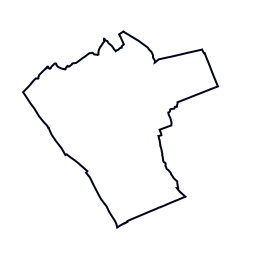 Prundu, Giurgiu, Romania, rotated 79°
{"feature_id": "2599482B89662234668465", "entity_name": "Prundu", "entity_type": "district", "adm_level": 2, "iso_a3": "ROU", "parent_name": "Romania", "parent_adm1": "Giurgiu", "projection": "mercator", "projection_center": [26.231, 44.069], "detail": "fine", "context": "isolated", "style": "outline", "palette": "ink", "viewbox_px": 256, "rotation_deg": 79, "n_neighbors": 0, "source": "geoboundaries", "source_scale": "gbopen_adm2", "svg_char_len": 5331}
<svg xmlns="http://www.w3.org/2000/svg" viewBox="0 0 256 256"><g transform="rotate(79 128 128)"><path d="M72.9,224.2L74.8,223.3L85.3,219.0L91.0,216.2L99.5,213.1L106.1,209.6L110.2,207.0L111.8,206.5L112.8,206.2L112.8,205.7L115.7,205.3L116.8,205.0L120.1,204.2L126.7,201.4L135.0,197.2L141.4,195.0L142.6,194.6L142.1,193.2L142.7,192.7L145.5,190.4L149.6,186.4L153.6,183.0L155.9,181.3L162.6,176.1L163.8,177.7L167.5,175.8L167.6,175.7L169.1,174.9L177.9,172.5L187.5,169.7L192.5,168.1L192.8,168.0L201.0,163.9L206.1,162.7L213.9,159.7L214.6,159.4L216.5,158.6L218.4,158.1L220.1,157.7L223.6,157.6L222.1,153.9L220.7,149.5L221.0,149.4L220.2,146.8L219.8,147.0L219.6,147.0L219.5,146.7L219.0,145.3L218.9,145.2L218.8,144.9L218.8,144.4L218.4,142.6L217.8,139.9L216.7,134.6L215.6,129.3L214.4,123.9L212.5,114.4L212.2,113.9L212.1,113.2L212.0,111.8L211.3,108.2L210.2,103.3L209.4,99.6L208.6,95.6L208.0,92.4L207.3,89.3L207.0,87.9L206.4,85.0L206.5,84.9L206.4,84.7L205.9,85.1L200.4,89.3L196.3,91.5L196.4,90.2L193.1,90.2L192.5,90.2L191.0,90.1L190.7,90.0L190.2,89.9L189.9,89.9L189.5,90.0L189.3,90.2L188.7,90.8L188.1,91.2L187.8,91.4L186.9,92.0L186.3,92.5L185.6,92.9L185.0,93.1L183.8,93.5L183.1,93.8L182.1,94.3L181.8,94.4L181.4,94.5L181.1,94.5L179.9,94.8L179.7,94.9L178.7,95.4L178.3,95.7L176.8,96.6L176.6,96.8L176.0,97.4L175.5,97.8L175.3,97.9L174.5,98.0L173.8,98.0L172.6,98.3L172.1,98.5L171.8,98.4L171.1,98.1L170.8,98.0L170.6,97.9L170.3,97.9L169.7,98.0L169.3,98.2L169.0,98.5L168.5,99.2L168.3,99.3L167.9,99.4L167.6,99.6L167.4,99.6L167.1,99.6L166.3,99.7L166.0,99.6L164.4,99.5L163.6,99.5L163.0,99.4L162.6,99.4L162.3,99.5L161.4,99.6L160.8,99.6L160.7,99.5L160.3,99.3L160.1,99.3L159.8,99.2L159.6,99.2L159.3,99.2L158.6,99.3L158.2,99.3L157.5,99.3L157.1,99.3L156.4,99.2L155.6,99.3L155.3,99.3L154.9,99.3L154.5,99.3L153.4,99.4L153.1,99.4L152.7,99.6L152.4,99.7L151.8,99.7L151.6,99.7L151.1,99.5L150.6,99.5L150.2,99.5L149.5,99.5L148.8,99.4L147.3,99.4L146.6,99.3L146.2,99.2L145.2,99.5L144.8,99.5L144.4,99.5L143.7,99.6L143.3,99.6L143.0,99.5L142.7,99.4L142.2,99.4L142.0,99.5L141.7,99.6L141.5,96.6L141.4,96.6L140.1,96.5L139.4,96.6L139.2,96.7L136.5,97.1L136.1,97.2L135.7,97.3L135.6,96.4L135.0,92.9L134.9,92.1L134.3,88.6L134.1,87.2L133.8,85.0L133.2,85.0L132.8,84.8L131.9,84.4L131.0,84.3L130.4,84.2L129.4,84.3L128.7,84.4L127.1,84.5L126.8,84.5L126.3,84.6L125.3,84.8L123.1,85.4L122.6,85.5L121.9,85.5L121.2,85.5L120.5,85.5L120.3,84.5L120.2,84.3L120.1,84.1L119.8,83.8L118.6,83.2L117.9,83.0L117.8,82.9L117.7,82.8L117.6,82.7L117.8,78.8L117.2,78.4L116.2,78.0L116.2,77.2L116.4,76.6L116.5,76.1L116.2,75.8L115.9,75.7L114.8,75.5L113.6,74.7L112.2,74.5L110.7,66.3L110.6,65.9L110.5,65.1L108.3,53.6L108.1,52.2L106.1,41.6L105.9,40.7L104.3,31.8L99.4,32.8L91.8,34.3L89.2,34.8L86.7,35.2L80.6,36.3L75.0,37.4L69.1,38.5L69.1,39.2L67.3,39.7L65.1,40.3L65.2,41.1L65.6,55.0L65.8,59.6L65.9,61.8L66.0,65.1L66.0,65.7L66.1,67.5L66.2,70.7L66.3,76.9L66.4,80.2L66.5,84.9L67.8,87.2L68.3,88.1L68.9,89.0L69.0,89.3L68.1,88.9L67.8,88.8L67.5,88.8L67.1,88.8L66.0,89.1L63.9,89.9L63.5,90.0L63.3,90.0L63.0,89.9L62.1,89.7L61.9,89.6L61.7,89.6L61.1,89.6L58.0,90.4L57.7,90.5L56.1,91.6L54.9,92.4L53.1,93.2L52.5,93.5L52.2,93.8L50.7,95.2L50.2,95.6L49.6,96.2L46.5,99.1L46.1,99.5L44.2,101.2L41.8,103.9L40.6,105.3L35.1,111.3L34.2,112.3L32.4,114.1L33.1,115.7L34.4,118.8L38.0,117.8L45.1,116.1L46.7,118.7L47.0,118.8L47.5,118.8L47.9,118.8L48.1,120.4L48.3,121.1L48.8,121.9L49.1,122.1L49.2,122.4L49.3,122.6L49.5,123.7L49.5,124.0L49.7,124.4L50.3,125.4L49.3,125.9L49.2,126.0L47.8,126.8L45.4,127.7L43.9,128.5L42.4,129.8L41.9,130.2L41.7,130.4L40.9,131.0L40.6,131.1L40.1,131.2L39.7,131.4L39.1,131.6L38.8,131.8L38.5,132.0L38.3,132.5L38.0,132.9L37.9,133.2L37.7,133.4L37.3,133.7L36.7,133.9L36.1,134.0L35.8,134.5L36.1,134.7L36.5,134.8L37.6,134.8L38.0,134.8L38.5,134.9L38.8,135.1L39.1,135.3L39.4,135.8L39.7,136.1L39.9,136.4L40.0,136.7L40.1,136.8L40.5,136.9L42.5,138.9L43.2,139.7L44.1,140.4L45.5,141.5L46.7,142.1L47.5,142.4L48.1,142.6L48.9,142.8L50.1,142.9L50.4,143.0L50.8,143.2L50.6,143.2L50.4,144.2L50.1,144.7L49.9,145.1L49.4,146.9L49.3,147.1L47.8,148.1L47.4,148.6L47.3,148.8L47.3,149.2L47.5,149.8L47.2,151.6L50.1,157.5L50.2,157.8L50.8,159.4L53.7,165.3L53.7,165.6L54.0,166.0L54.2,166.8L54.2,167.2L54.2,167.7L54.2,168.5L54.0,169.2L54.0,169.5L54.0,169.8L54.0,170.0L54.2,170.4L54.3,170.6L54.5,170.7L55.0,171.1L55.2,171.4L55.6,172.5L56.1,173.4L56.2,173.6L56.3,173.6L56.4,173.9L56.4,174.2L56.4,174.5L56.2,174.7L56.1,174.9L55.9,175.1L55.7,175.4L55.8,175.5L55.6,175.6L55.7,175.8L56.0,176.2L57.7,178.0L57.8,177.9L58.1,178.0L58.3,178.1L58.5,178.4L58.5,178.6L58.3,179.0L58.2,178.9L58.1,179.1L57.9,179.6L57.5,180.7L57.3,181.2L56.5,182.6L56.2,182.9L55.3,184.2L54.7,184.9L53.5,185.8L53.3,185.9L52.9,186.1L52.7,186.1L51.7,186.2L51.4,186.3L51.2,186.3L51.0,186.5L50.9,186.6L50.8,186.9L50.8,187.8L50.9,188.0L51.0,188.1L51.9,189.4L52.4,190.2L52.9,191.0L53.0,191.1L53.3,191.5L53.6,191.7L54.5,192.4L54.7,192.7L54.8,192.9L54.9,193.0L54.9,193.5L54.7,193.9L54.5,194.1L54.4,194.2L53.5,194.4L53.0,194.6L52.7,194.7L52.5,194.8L52.5,195.0L52.4,195.3L52.4,195.5L52.6,195.7L52.9,195.7L53.2,195.7L53.4,195.7L53.5,195.9L53.6,196.2L53.6,196.3L53.5,196.5L53.4,196.7L53.5,196.8L53.4,196.8L59.1,205.2L59.8,205.5L61.0,206.3L61.4,206.4L61.9,206.4L62.1,206.4L62.3,206.7L62.2,207.6L62.0,208.5L61.7,208.9L63.3,211.4L67.5,216.5L72.9,224.2Z" fill="none" stroke="#020617" stroke-width="2"/></g></svg>